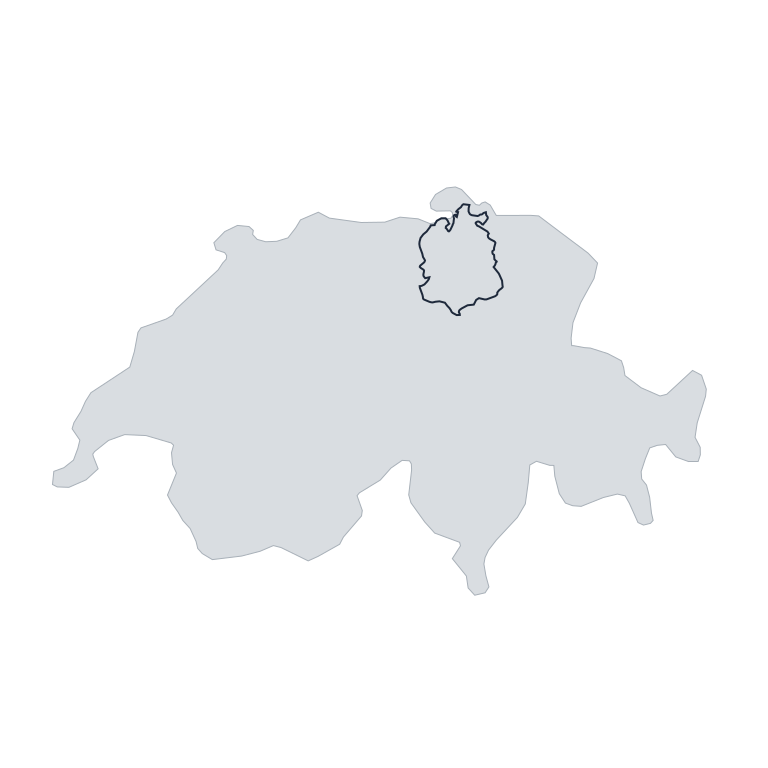 Switzerland, with Zürich highlighted, rotated 5°
{"feature_id": "CHE-176", "entity_name": "Zürich", "entity_type": "Canton", "adm_level": 1, "iso_a3": "CHE", "parent_name": "Switzerland", "parent_adm1": "", "projection": "orthographic", "projection_center": [8.664, 47.43], "detail": "fine", "context": "in_parent", "style": "outline", "palette": "slate", "viewbox_px": 768, "rotation_deg": 5, "n_neighbors": 0, "source": "natural_earth", "source_scale": "10m", "svg_char_len": 4856}
<svg xmlns="http://www.w3.org/2000/svg" viewBox="0 0 768 768"><g transform="rotate(5 384 384)"><path d="M571.7,233.2L576.0,235.9L586.2,244.9L584.0,260.6L572.8,286.0L566.9,306.4L566.4,322.1L567.6,329.4L569.7,329.3L580.7,330.3L586.4,330.2L604.2,334.2L618.5,340.2L621.3,346.7L623.3,354.6L640.4,365.3L660.0,371.9L666.6,369.6L690.2,343.6L699.6,347.6L705.5,361.0L705.4,368.2L699.4,395.4L698.5,410.0L704.5,419.5L705.3,427.0L703.7,433.8L694.1,434.7L681.0,431.2L669.8,419.7L661.5,421.3L654.3,424.5L650.9,435.6L647.8,448.9L649.0,456.2L654.3,461.8L658.5,473.7L661.7,489.3L664.0,496.4L661.6,499.6L654.8,501.9L649.1,499.9L638.8,481.4L634.0,474.4L626.1,473.3L612.3,478.0L591.1,488.7L582.5,488.8L575.1,486.8L568.2,478.0L562.2,461.0L560.3,450.3L556.2,450.6L542.6,447.7L536.3,452.0L536.3,469.4L535.2,491.2L528.5,505.3L509.5,529.7L502.6,540.4L499.8,548.0L499.2,554.6L502.2,566.1L506.2,577.0L502.9,583.2L492.8,586.5L485.6,579.9L482.8,568.1L467.3,552.0L474.3,538.5L473.1,535.1L447.5,528.1L436.6,517.9L421.2,500.0L418.3,492.3L419.0,467.3L418.2,461.2L416.1,458.3L408.7,458.5L398.3,467.1L388.7,480.0L369.0,494.5L366.9,497.6L373.4,511.9L373.1,517.4L356.9,540.0L353.8,547.5L333.3,561.5L323.9,566.8L295.7,555.9L287.9,554.6L275.2,561.4L257.2,567.8L228.3,573.9L217.8,568.8L212.8,564.1L210.5,557.2L203.5,544.9L195.5,537.5L190.0,529.6L182.6,520.8L178.0,513.5L185.0,490.8L180.4,482.6L178.3,471.0L179.7,463.3L177.2,461.3L151.5,456.1L130.1,457.0L114.5,464.2L101.6,476.5L100.0,479.2L100.7,481.5L106.6,493.4L95.6,505.4L79.1,514.4L67.5,515.0L62.5,513.0L62.7,499.8L72.4,495.3L81.3,486.9L84.6,474.9L85.9,466.4L77.2,455.8L78.5,449.5L84.5,437.7L88.1,427.3L92.8,418.2L111.0,403.8L129.3,389.3L132.5,373.4L134.4,353.9L137.0,349.3L161.3,338.3L167.4,333.8L170.5,327.3L189.8,305.9L208.9,284.7L212.8,277.5L216.0,273.3L216.1,269.8L213.8,267.0L205.0,265.0L202.2,258.1L212.1,246.0L224.2,238.8L235.8,238.9L240.4,242.4L240.1,246.5L245.0,251.0L253.8,252.6L264.7,251.2L275.6,246.8L282.5,236.0L286.5,227.8L303.6,218.6L315.1,223.5L347.2,225.1L370.7,222.7L385.4,216.4L403.6,216.5L415.8,220.2L417.9,219.7L421.3,218.8L424.6,215.4L436.1,213.1L437.7,210.2L437.2,207.3L435.1,205.7L421.0,207.2L415.6,205.0L414.2,199.7L418.8,190.7L429.2,183.3L438.0,181.5L444.3,183.5L459.8,197.2L463.5,197.6L465.6,195.2L468.9,193.8L474.2,196.5L480.2,205.0L481.2,206.3L515.8,203.2L523.5,203.1L547.1,217.9L571.7,233.2Z" fill="#d9dde1" stroke="#a8b0b8" stroke-width="1"/><path d="M442.0,211.3L442.8,206.3L441.5,206.2L440.9,206.0L440.9,205.9L442.9,203.3L445.3,201.1L446.2,199.2L447.4,198.0L453.5,198.2L453.0,201.4L453.2,204.7L453.8,205.8L454.7,207.2L455.7,207.8L456.9,208.2L462.6,208.5L463.5,208.1L464.1,207.7L464.7,207.1L465.1,206.8L465.5,206.7L466.1,206.7L466.7,206.5L467.3,206.1L467.9,205.3L468.2,205.0L470.5,204.0L471.1,206.8L472.7,208.6L472.9,209.5L472.7,210.5L472.1,211.4L471.0,213.5L469.8,214.9L468.9,216.5L468.5,216.5L467.9,216.4L467.3,215.9L466.5,215.1L464.5,214.0L463.5,213.9L462.5,214.3L461.6,215.0L461.3,215.4L461.3,215.9L461.8,216.6L463.1,218.2L464.8,218.7L473.7,223.1L474.5,224.0L475.3,225.1L475.0,225.4L474.4,226.8L474.9,228.7L475.8,229.7L477.2,230.5L481.3,232.2L482.3,233.0L482.7,233.7L482.6,234.3L481.8,238.7L481.8,239.2L481.8,239.6L481.9,239.8L481.9,240.1L481.9,240.5L481.7,241.0L481.4,241.4L480.8,241.8L480.5,242.1L480.4,242.4L480.4,243.1L480.7,244.3L481.0,244.9L482.4,245.8L483.1,250.1L484.5,251.4L485.6,252.1L485.6,252.4L484.8,253.3L484.6,254.8L484.3,255.7L484.0,256.4L483.0,257.9L488.6,263.8L489.2,264.7L492.6,270.8L493.4,275.2L493.8,276.9L493.4,277.7L492.5,278.7L490.7,280.3L489.7,281.7L488.9,283.0L489.0,284.7L488.4,285.7L487.0,286.9L478.7,290.8L476.9,291.0L471.1,290.2L468.5,292.2L466.5,297.1L460.4,298.3L454.9,301.9L453.5,303.1L452.6,304.1L452.4,304.8L452.3,305.3L452.3,305.9L452.5,306.3L453.3,307.4L453.5,308.6L450.4,309.0L446.2,307.2L445.1,306.3L444.6,305.5L444.2,304.7L442.6,302.7L440.2,300.6L437.6,297.7L432.0,296.8L428.0,297.6L425.4,298.5L423.9,298.5L422.2,298.2L416.6,296.4L415.7,295.8L415.3,294.9L415.2,294.0L414.5,291.8L411.3,285.0L411.0,283.4L411.4,283.3L411.8,283.3L412.2,283.2L413.2,282.8L415.6,281.3L418.2,277.9L419.5,275.7L419.9,273.7L415.8,275.0L414.1,273.2L413.8,272.4L413.7,271.7L413.7,271.0L414.0,268.8L414.0,267.5L413.4,266.7L410.7,265.3L409.8,264.6L409.4,264.2L409.7,263.0L413.5,259.2L414.1,257.5L413.7,256.7L411.8,254.1L410.8,250.9L407.7,244.3L407.0,241.4L407.0,239.2L407.7,235.3L410.1,231.5L413.2,228.4L416.4,223.2L416.7,221.9L420.6,221.3L420.7,220.3L422.4,216.8L426.7,213.9L430.9,213.5L433.0,215.5L434.7,218.4L435.0,218.7L432.0,221.6L431.9,223.2L432.4,223.5L433.4,224.5L433.8,225.0L434.2,225.6L434.6,226.1L435.1,226.3L435.6,226.2L436.7,224.6L438.5,219.8L438.5,219.1L439.1,218.0L439.2,216.5L439.2,215.0L439.3,213.6L439.3,212.9L438.9,212.0L438.7,211.1L439.0,209.9L439.5,209.5L440.3,209.2L440.9,209.2L441.0,209.5L441.1,210.8L442.0,211.3Z" fill="none" stroke="#1e293b" stroke-width="2"/></g></svg>